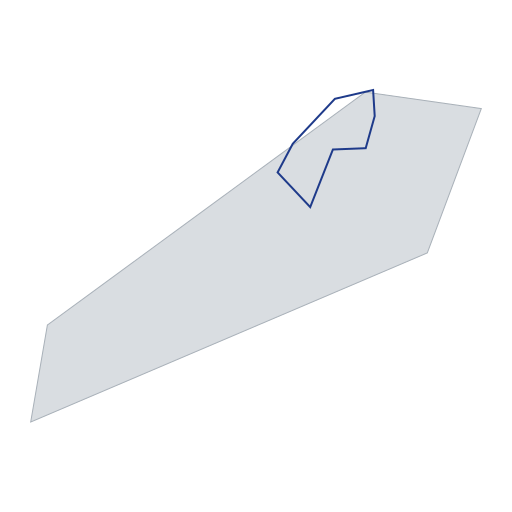 location of North Side within Anguilla
{"feature_id": "AIA-5119", "entity_name": "North Side", "entity_type": "District", "adm_level": 1, "iso_a3": "AIA", "parent_name": "Anguilla", "parent_adm1": "", "projection": "equal_earth", "projection_center": [-63.042, 18.253], "detail": "fine", "context": "in_parent", "style": "outline", "palette": "blue", "viewbox_px": 512, "rotation_deg": 0, "n_neighbors": 0, "source": "natural_earth", "source_scale": "10m", "svg_char_len": 364}
<svg xmlns="http://www.w3.org/2000/svg" viewBox="0 0 512 512"><path d="M427.3,252.9L30.7,422.0L47.4,325.0L365.3,92.1L481.3,108.6L427.3,252.9Z" fill="#d9dde1" stroke="#a8b0b8" stroke-width="1"/><path d="M277.6,172.4L292.8,143.7L334.9,98.8L373.1,90.0L374.7,116.1L365.7,148.2L332.9,149.5L310.2,207.1L277.6,172.4Z" fill="none" stroke="#1e3a8a" stroke-width="2"/></svg>